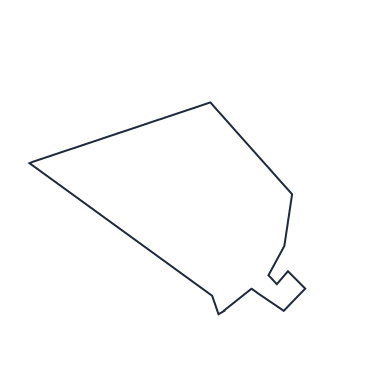 Al Khalaq, Al Jawf, Yemen (orthographic projection), rotated 36°
{"feature_id": "15242507B45819395653811", "entity_name": "Al Khalaq", "entity_type": "district", "adm_level": 2, "iso_a3": "YEM", "parent_name": "Yemen", "parent_adm1": "Al Jawf", "projection": "orthographic", "projection_center": [44.809, 16.066], "detail": "fine", "context": "isolated", "style": "outline", "palette": "slate", "viewbox_px": 384, "rotation_deg": 36, "n_neighbors": 0, "source": "geoboundaries", "source_scale": "gbopen_adm2", "svg_char_len": 818}
<svg xmlns="http://www.w3.org/2000/svg" viewBox="0 0 384 384"><g transform="rotate(36 192 192)"><path d="M154.2,108.7L132.5,139.2L127.0,146.9L124.2,150.9L122.9,152.6L117.8,159.7L111.1,169.2L103.8,179.4L103.4,180.0L101.0,183.4L100.2,184.4L79.6,213.3L67.1,230.8L66.5,231.6L45.7,260.8L43.6,264.2L48.2,264.2L55.7,264.2L269.3,264.1L285.3,275.3L288.0,269.2L287.6,269.0L296.5,237.0L297.0,235.4L297.5,235.4L297.6,235.2L305.7,235.2L336.1,234.2L337.8,221.6L340.4,203.6L316.2,199.7L314.8,216.7L310.7,215.9L303.5,214.5L302.8,214.4L300.7,198.5L300.4,196.0L298.4,181.3L296.3,177.3L287.9,161.1L287.5,160.4L284.1,153.8L274.3,135.0L271.2,134.3L254.4,130.7L251.8,130.1L244.5,128.5L242.5,128.0L227.9,124.9L222.5,123.7L222.2,123.6L199.5,118.7L166.9,111.5L165.6,111.3L154.2,108.7Z" fill="none" stroke="#1e293b" stroke-width="2"/></g></svg>